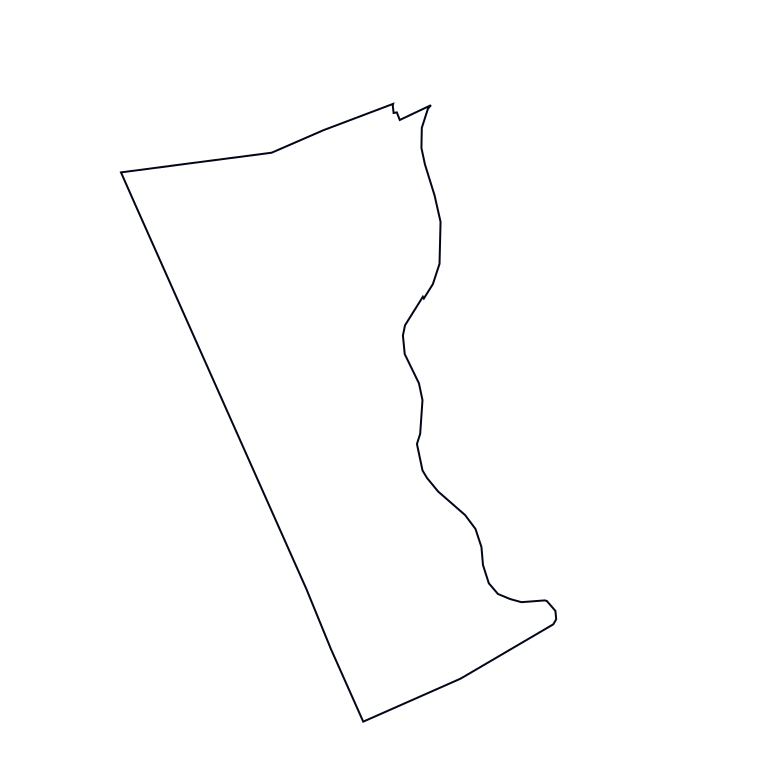 Brooke, West Virginia, United States of America (Mercator projection), rotated 156°
{"feature_id": "52423323B34331419978033", "entity_name": "Brooke", "entity_type": "district", "adm_level": 2, "iso_a3": "USA", "parent_name": "United States of America", "parent_adm1": "West Virginia", "projection": "mercator", "projection_center": [-80.613, 40.28], "detail": "fine", "context": "isolated", "style": "outline", "palette": "ink", "viewbox_px": 768, "rotation_deg": 156, "n_neighbors": 0, "source": "geoboundaries", "source_scale": "gbopen_adm2", "svg_char_len": 784}
<svg xmlns="http://www.w3.org/2000/svg" viewBox="0 0 768 768"><g transform="rotate(156 384 384)"><path d="M327.1,95.6L322.4,99.0L319.7,107.0L323.5,119.5L325.1,120.9L347.2,128.8L356.3,136.3L365.3,145.8L369.3,159.3L367.2,178.4L361.3,195.4L359.4,214.2L359.4,214.4L363.2,231.2L378.3,263.8L382.9,280.5L384.0,289.3L378.3,315.8L371.2,323.8L355.4,353.6L351.8,370.4L352.9,402.9L347.0,420.6L340.9,429.1L313.0,447.9L312.8,445.9L298.7,455.4L284.4,471.2L266.4,509.1L261.1,535.7L257.3,567.9L253.8,584.4L245.3,602.6L231.9,617.6L227.7,619.6L262.2,618.8L261.8,626.9L265.0,627.7L262.7,634.9L261.7,636.2L336.0,640.5L392.6,641.0L472.8,664.9L538.2,684.3L538.3,651.7L538.3,256.5L538.3,228.1L540.3,163.3L540.3,85.9L540.3,84.0L433.8,83.7L327.1,95.6Z" fill="none" stroke="#020617" stroke-width="2"/></g></svg>